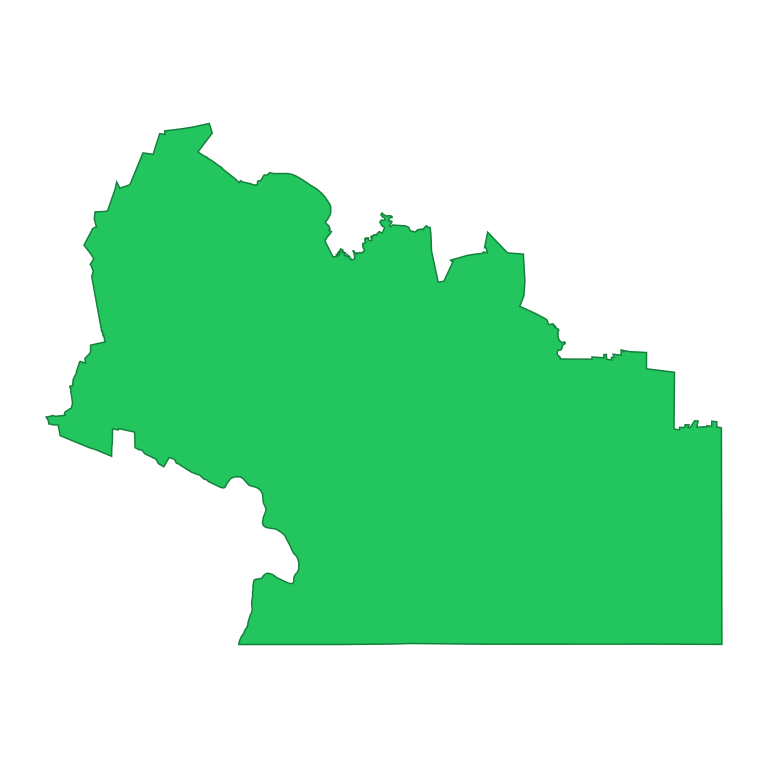 outline of Tenosique, Tabasco, Mexico
{"feature_id": "50627088B14158734316570", "entity_name": "Tenosique", "entity_type": "district", "adm_level": 2, "iso_a3": "MEX", "parent_name": "Mexico", "parent_adm1": "Tabasco", "projection": "natural_earth1", "projection_center": [-91.353, 17.458], "detail": "fine", "context": "isolated", "style": "filled", "palette": "green", "viewbox_px": 768, "rotation_deg": 0, "n_neighbors": 0, "source": "geoboundaries", "source_scale": "gbopen_adm2", "svg_char_len": 6082}
<svg xmlns="http://www.w3.org/2000/svg" viewBox="0 0 768 768"><path d="M238.8,644.5L340.1,644.5L392.6,644.0L411.0,643.5L485.6,644.2L651.6,644.1L721.9,644.4L721.4,427.9L719.5,427.4L716.9,427.3L716.8,421.8L711.8,421.2L711.7,426.4L706.9,425.7L706.8,426.7L696.8,427.2L698.1,421.0L694.6,420.8L690.3,427.5L687.9,427.5L689.1,424.9L685.2,424.7L684.4,427.5L679.6,427.3L679.5,430.0L674.0,429.0L674.5,372.3L646.5,368.8L646.5,352.5L630.0,351.7L623.9,350.5L623.7,351.7L623.2,351.5L623.3,350.5L621.1,349.9L621.1,355.2L613.1,354.2L613.9,357.4L611.4,357.5L611.8,360.0L606.6,359.2L606.3,354.4L603.8,354.6L604.0,357.8L592.0,357.0L592.0,359.2L560.3,359.0L560.1,357.2L557.3,354.6L557.2,353.2L557.6,351.1L558.1,350.3L560.2,350.2L561.4,349.2L561.9,348.4L562.6,345.3L563.4,344.5L564.8,343.9L565.1,343.4L565.1,342.7L564.5,341.9L562.5,342.6L561.7,342.4L559.0,340.1L558.9,339.0L558.4,338.7L557.7,334.3L558.1,334.1L558.0,332.0L558.8,330.1L558.3,329.9L557.9,328.8L555.0,327.4L555.3,326.7L554.6,326.8L554.2,326.4L554.6,325.6L553.7,325.5L553.6,324.6L553.1,323.9L552.2,323.9L549.7,324.7L548.2,324.0L547.8,322.0L547.2,320.3L545.7,319.0L537.5,314.5L519.8,306.3L523.9,295.9L524.9,281.6L523.4,254.1L507.5,252.9L487.7,232.2L484.5,247.8L486.2,248.0L487.3,252.9L483.5,252.0L482.3,253.4L475.4,254.1L467.4,255.4L450.6,260.2L452.2,261.7L453.0,261.4L452.7,262.3L443.9,281.2L438.2,282.3L431.3,249.9L431.5,249.3L430.9,234.4L430.1,227.4L429.0,227.7L428.7,227.3L427.8,227.3L426.7,225.9L426.2,225.8L423.7,228.5L423.6,229.7L423.0,229.8L421.9,229.0L418.2,229.7L417.1,230.0L416.8,230.9L414.4,232.2L413.2,231.4L410.1,230.8L409.3,228.4L408.6,227.3L405.4,225.9L392.7,225.0L391.1,226.4L390.2,226.4L389.5,225.5L391.2,223.1L391.9,221.5L390.7,221.0L388.9,221.0L388.6,220.2L389.0,219.2L390.1,217.9L391.1,217.4L392.1,217.4L392.0,216.6L391.3,216.1L389.0,215.6L386.6,216.1L383.6,214.6L382.2,213.1L381.4,213.5L381.0,215.0L382.4,216.8L384.5,218.0L385.0,218.7L384.9,219.6L383.6,220.6L382.3,220.0L381.7,220.0L380.1,221.4L379.9,222.4L382.3,226.3L383.7,226.5L384.3,226.9L384.4,227.7L383.3,231.0L382.3,232.7L381.6,233.1L379.6,231.7L378.9,231.9L377.2,233.5L376.7,235.2L375.4,234.6L373.1,235.2L372.7,235.6L372.7,237.0L372.1,237.5L371.8,236.3L371.3,236.2L370.9,237.3L371.9,239.8L371.8,240.5L369.4,240.5L368.4,240.0L368.5,238.6L368.3,237.8L367.6,237.9L367.1,238.6L366.7,238.0L366.1,238.3L365.4,238.1L364.8,238.9L364.9,239.4L365.4,239.5L364.9,240.8L365.2,241.7L365.8,242.2L364.9,243.1L363.0,243.4L363.4,243.9L363.3,244.4L362.6,244.8L362.8,246.0L363.3,246.3L363.0,246.8L363.1,247.9L364.6,250.3L363.6,251.3L363.3,252.2L362.6,252.2L361.8,252.7L361.3,252.6L361.0,252.9L359.3,252.6L358.3,253.4L357.7,253.5L357.3,253.2L357.2,253.5L356.6,252.9L356.3,253.2L356.3,253.7L353.9,251.7L354.0,251.0L353.4,250.7L352.9,251.1L354.0,253.0L354.9,258.4L351.9,260.3L351.1,258.9L350.3,259.0L349.6,256.4L348.9,255.9L348.9,256.3L348.2,256.5L347.9,257.2L347.3,256.9L346.8,255.6L347.2,254.6L346.4,254.8L345.4,255.9L344.4,255.3L344.2,254.3L345.4,253.4L345.6,252.7L344.0,252.5L343.1,251.6L342.9,251.7L342.7,252.5L342.4,252.6L342.1,252.0L342.9,250.7L342.9,250.1L341.7,249.4L341.0,249.6L340.7,249.2L340.9,248.3L340.1,250.2L339.2,251.3L339.9,252.0L340.0,253.0L339.5,253.2L338.2,252.4L337.9,252.7L338.0,253.5L338.7,253.6L339.1,254.1L338.9,255.5L338.4,255.6L337.7,254.6L336.7,254.3L336.2,254.7L336.7,256.2L336.3,256.7L332.8,256.6L325.2,241.5L325.0,240.1L325.9,239.7L326.1,238.8L327.0,237.3L328.3,235.9L328.5,234.7L329.4,234.7L331.4,231.6L328.8,230.5L328.8,230.0L330.0,229.2L328.9,226.0L325.2,222.5L328.2,218.4L330.3,214.3L330.8,211.6L330.7,207.2L329.9,204.5L325.4,197.5L322.4,194.0L316.7,188.9L312.1,186.2L300.9,178.8L295.9,176.0L291.5,174.2L286.9,173.5L274.6,173.6L271.1,173.1L269.9,172.6L267.0,175.1L264.0,175.1L260.6,180.8L257.7,181.0L257.3,184.7L254.3,185.1L250.2,183.6L243.1,182.1L240.4,180.6L239.4,183.2L239.3,182.2L238.3,181.8L234.5,178.3L223.1,169.3L221.3,167.2L218.1,165.3L215.1,162.9L214.8,163.0L214.5,162.5L209.8,159.3L208.0,158.5L207.5,157.7L202.6,155.1L198.0,151.9L212.2,133.1L209.3,123.5L193.1,127.0L182.1,128.8L164.7,130.9L165.1,134.4L159.7,133.7L153.1,154.3L143.0,152.9L129.9,184.7L119.9,188.2L116.7,182.0L115.2,188.8L107.6,210.8L105.1,211.4L95.1,211.9L94.3,218.6L96.4,227.2L94.3,227.6L92.7,228.6L84.0,245.2L90.0,252.9L93.9,258.7L90.2,264.4L91.9,266.9L91.7,267.2L93.3,271.5L91.7,276.4L101.7,331.4L102.3,331.3L103.1,335.8L103.9,335.7L104.9,342.0L90.5,345.2L90.6,351.4L90.4,352.0L89.7,353.5L84.9,358.4L85.5,363.2L80.2,361.4L79.9,361.5L76.4,371.5L76.8,372.1L73.2,379.4L72.6,385.6L72.1,386.0L70.2,385.9L69.7,387.5L70.8,388.1L70.8,392.4L71.5,395.2L72.5,403.4L71.3,408.0L65.2,411.8L64.4,413.4L65.2,415.0L64.9,415.3L55.8,416.3L52.4,415.5L50.7,416.2L46.1,417.1L48.0,419.8L48.9,424.0L49.9,423.9L52.1,424.7L54.2,424.9L58.1,424.9L60.2,435.7L89.3,447.7L95.0,449.4L111.6,456.3L111.8,447.0L112.3,443.3L112.6,429.0L118.4,429.9L118.8,428.6L134.6,432.1L135.1,447.7L139.1,449.7L142.0,450.1L143.8,452.6L145.3,454.0L156.0,459.2L158.3,463.5L163.8,466.8L169.1,457.6L173.9,459.1L175.5,461.0L175.8,462.3L176.7,463.2L179.8,464.5L181.3,465.8L191.2,472.0L195.7,473.9L199.9,475.2L203.7,478.9L206.6,479.8L208.7,481.7L220.9,487.5L223.7,487.9L224.9,487.4L227.3,483.0L230.8,478.5L233.7,477.1L239.2,476.7L241.0,477.3L243.1,478.6L248.8,485.0L250.1,485.7L256.2,487.3L260.0,489.6L262.3,493.6L262.7,495.1L263.3,502.7L265.9,508.3L265.9,510.3L265.3,512.5L263.3,517.3L262.5,523.4L263.3,525.4L264.6,526.6L266.7,527.6L275.8,529.1L281.0,532.1L284.4,535.0L285.7,537.1L286.4,538.9L290.4,546.3L291.8,550.0L293.6,553.2L296.5,556.3L297.5,558.1L298.6,561.7L298.8,563.8L298.7,568.7L298.4,570.1L297.4,572.1L295.3,574.5L294.3,576.3L293.8,578.4L293.8,581.2L293.4,582.6L293.1,583.1L291.5,583.6L289.2,583.4L282.9,580.6L276.9,577.7L272.7,574.6L269.5,573.5L267.8,573.3L266.7,573.4L264.5,574.7L262.9,576.3L262.1,577.9L261.2,578.4L255.0,579.5L254.3,579.9L253.7,581.3L252.9,586.5L253.2,587.5L252.6,592.5L252.6,597.0L251.8,600.4L251.7,603.9L252.2,609.0L251.8,612.2L250.4,614.8L248.1,622.1L247.8,624.9L246.7,627.6L245.0,630.0L243.6,633.4L241.2,636.9L239.2,641.7L238.8,644.5Z" fill="#22c55e" stroke="#15803d" stroke-width="1.5"/></svg>